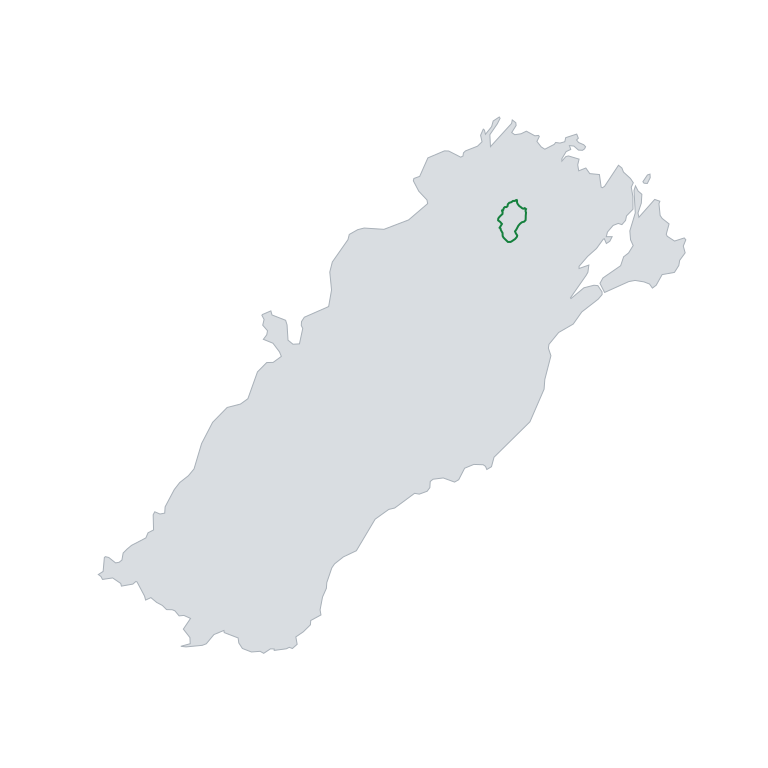 Turkey, with Usak highlighted, rotated 133°
{"feature_id": "TUR-3014", "entity_name": "Usak", "entity_type": "Province", "adm_level": 1, "iso_a3": "TUR", "parent_name": "Turkey", "parent_adm1": "", "projection": "natural_earth1", "projection_center": [29.308, 38.549], "detail": "fine", "context": "in_parent", "style": "outline", "palette": "green", "viewbox_px": 768, "rotation_deg": 133, "n_neighbors": 0, "source": "natural_earth", "source_scale": "10m", "svg_char_len": 4536}
<svg xmlns="http://www.w3.org/2000/svg" viewBox="0 0 768 768"><g transform="rotate(133 384 384)"><path d="M595.9,272.6L606.9,276.3L610.3,273.6L620.2,274.0L629.1,276.0L633.6,270.0L639.9,270.6L641.2,273.7L644.2,274.8L653.7,282.6L652.7,283.6L655.1,286.4L663.0,288.3L664.0,292.3L670.4,298.2L674.0,307.2L672.4,313.6L669.2,317.5L674.8,331.3L673.4,333.0L683.2,337.5L695.2,336.8L699.1,338.7L711.3,349.5L714.4,353.7L706.1,348.6L701.8,353.0L700.1,363.6L687.4,365.6L689.7,372.5L693.3,375.7L692.5,382.3L693.5,384.9L697.3,389.2L697.1,395.1L698.8,401.3L699.2,408.8L704.6,411.0L702.4,414.5L697.2,429.6L697.6,430.8L701.6,431.2L710.9,438.2L709.4,440.5L710.9,450.2L718.9,456.6L717.8,459.8L718.2,463.0L712.6,461.6L701.6,470.2L700.3,470.0L698.6,467.0L697.9,458.3L695.0,456.1L691.5,455.6L685.5,459.5L679.8,459.3L674.2,458.6L659.0,453.2L653.7,455.1L647.9,453.0L637.1,463.6L633.8,464.5L631.9,459.2L628.0,456.3L623.1,460.3L604.2,465.4L595.4,466.2L584.6,464.5L575.7,465.0L551.9,476.8L528.9,483.2L508.1,482.7L496.6,475.3L487.6,473.5L461.4,484.8L448.3,484.4L443.8,479.8L433.8,477.9L431.8,482.3L429.9,493.0L433.6,502.7L428.0,503.3L424.5,505.5L423.7,512.8L418.6,515.7L417.0,520.2L416.1,520.3L407.7,516.6L409.9,513.0L404.5,499.4L406.9,495.2L417.4,484.1L417.0,477.7L412.3,473.2L398.8,481.3L397.6,484.4L394.6,486.9L389.5,487.8L365.1,477.3L351.0,486.5L339.1,500.0L330.0,505.0L303.0,508.8L298.3,511.4L289.1,508.5L283.5,504.9L270.9,489.5L247.2,477.9L222.3,475.1L220.1,478.1L219.3,490.0L215.4,501.1L213.3,502.3L207.8,499.5L188.7,506.1L172.3,498.8L169.5,495.6L165.8,482.6L163.4,481.7L160.8,483.5L158.0,483.4L146.3,477.8L140.0,477.5L136.2,483.0L129.9,485.2L129.8,483.7L132.2,480.1L122.4,480.8L117.2,483.5L110.1,481.8L110.5,480.3L116.3,478.6L129.5,476.6L137.8,468.0L106.4,468.4L103.4,470.3L103.0,465.8L104.8,463.7L113.0,462.1L112.5,458.4L107.5,454.4L102.0,452.3L99.6,442.9L96.8,440.5L97.1,439.2L102.3,437.6L103.4,430.7L102.6,426.5L92.6,422.9L90.3,423.2L87.8,419.6L83.5,417.0L79.9,419.1L69.8,413.5L71.7,409.5L74.2,409.6L74.7,406.4L72.8,401.1L73.0,398.4L75.2,397.7L77.7,398.2L80.3,401.3L80.5,407.4L83.2,411.0L85.1,407.4L89.8,409.3L98.1,407.5L99.7,405.9L93.6,406.1L91.4,404.6L86.5,394.7L91.6,391.8L95.3,387.0L88.4,383.7L89.8,377.0L83.9,369.3L91.9,359.5L91.5,358.1L89.0,357.5L64.1,361.7L63.8,357.3L65.7,353.4L65.6,344.0L66.8,338.9L71.4,337.4L77.1,329.9L86.3,321.1L95.7,321.3L99.6,318.9L105.2,318.7L106.8,322.2L111.8,324.6L120.5,324.2L124.7,321.9L120.7,317.6L125.7,316.2L129.6,317.2L127.5,322.0L128.7,322.4L140.0,321.0L151.8,322.1L164.9,321.6L166.5,320.1L157.3,315.3L163.2,311.1L166.5,310.3L193.9,306.4L194.0,305.5L177.3,303.4L168.6,297.8L166.2,294.7L167.9,287.4L169.8,285.5L175.8,285.2L196.4,288.5L211.1,286.5L227.2,291.4L242.5,290.4L245.7,288.2L249.5,281.2L271.0,269.5L278.6,263.4L312.1,251.5L362.5,253.6L371.2,249.0L376.4,250.5L375.0,253.6L375.4,256.4L381.6,263.5L390.6,267.6L403.0,264.1L407.6,265.5L412.3,276.6L420.2,283.2L423.8,283.7L428.5,279.8L433.0,279.3L440.5,283.1L443.1,287.1L467.4,291.6L472.5,295.0L488.9,298.3L524.8,290.5L538.1,295.8L549.3,297.5L554.0,296.8L568.3,290.4L572.7,286.8L581.7,283.7L592.8,276.7L595.9,272.6ZM130.8,253.1L129.8,258.0L132.0,263.5L137.0,271.0L142.1,274.8L166.6,285.1L163.1,294.7L157.1,296.2L136.1,291.6L127.5,295.5L121.4,294.5L112.8,296.2L110.4,302.0L104.4,308.6L87.5,316.9L72.0,333.1L67.6,335.2L69.6,329.7L69.4,324.8L76.2,319.2L85.7,314.9L88.2,311.3L64.4,311.9L62.2,306.9L64.6,305.9L72.4,297.0L73.2,293.5L72.5,284.7L82.0,279.7L82.8,277.6L81.3,269.0L72.4,264.0L72.7,261.6L79.0,259.2L82.7,253.2L91.9,252.1L96.3,249.2L104.3,247.7L114.3,255.2L126.1,252.3L130.8,253.1ZM59.5,332.6L51.5,333.9L49.1,332.6L51.6,330.0L57.8,328.2L59.8,330.8L59.5,332.6Z" fill="#d9dde1" stroke="#a8b0b8" stroke-width="1"/><path d="M188.6,387.0L192.9,388.0L193.9,388.4L195.6,390.3L195.5,394.8L195.4,396.6L194.8,398.2L192.7,400.3L192.2,402.0L191.6,403.8L190.8,404.8L190.9,406.0L186.5,406.9L186.2,409.6L186.5,412.1L185.4,413.1L184.1,413.5L181.4,413.5L178.9,413.3L177.2,414.6L177.2,415.2L176.7,416.0L176.3,416.1L175.4,415.5L175.0,415.7L174.5,416.0L173.3,416.4L172.2,416.3L171.1,415.1L169.8,414.9L168.1,416.0L166.1,416.0L164.2,414.9L162.1,414.5L160.8,413.1L159.8,413.0L158.9,412.4L159.2,411.7L160.2,410.9L160.9,409.8L161.3,408.5L161.6,406.4L161.3,404.3L161.3,403.2L161.1,402.3L160.4,401.3L159.4,401.0L159.2,399.4L160.2,399.1L161.3,398.0L161.7,397.1L164.4,395.0L165.7,393.8L167.6,392.2L169.6,392.2L171.8,393.5L174.1,393.8L176.6,393.7L181.0,392.5L183.0,392.3L183.9,390.3L184.5,387.9L185.4,387.3L186.3,387.1L188.6,387.0Z" fill="none" stroke="#15803d" stroke-width="2"/></g></svg>